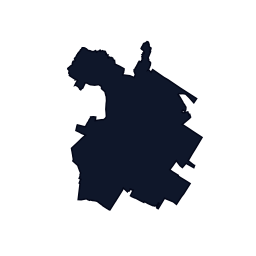 Romita, Guanajuato, Mexico, rotated 116°
{"feature_id": "50627088B33235829634906", "entity_name": "Romita", "entity_type": "district", "adm_level": 2, "iso_a3": "MEX", "parent_name": "Mexico", "parent_adm1": "Guanajuato", "projection": "mercator", "projection_center": [-101.614, 20.816], "detail": "fine", "context": "isolated", "style": "filled", "palette": "ink", "viewbox_px": 256, "rotation_deg": 116, "n_neighbors": 0, "source": "geoboundaries", "source_scale": "gbopen_adm2", "svg_char_len": 5516}
<svg xmlns="http://www.w3.org/2000/svg" viewBox="0 0 256 256"><g transform="rotate(116 128 128)"><path d="M49.5,141.2L49.4,141.9L47.7,141.9L47.6,142.5L46.1,142.3L45.9,143.1L45.9,143.7L45.7,144.4L45.4,144.7L44.9,145.1L44.5,145.2L44.2,145.8L44.0,146.2L43.6,145.8L42.9,146.7L42.6,146.6L41.8,147.8L42.0,148.8L42.9,149.0L43.0,149.2L44.0,149.4L44.0,149.5L43.9,149.7L44.4,150.2L44.8,150.3L45.0,150.8L45.7,151.0L47.9,150.9L48.7,151.1L49.9,151.1L50.8,151.1L51.1,150.5L51.5,148.3L51.6,148.1L52.1,147.4L53.0,146.7L53.8,146.4L53.9,147.4L54.4,147.3L54.9,147.0L55.9,147.6L56.3,146.7L57.7,146.8L57.8,146.0L58.9,146.1L58.9,145.2L60.3,145.3L62.8,145.3L63.0,146.3L63.1,147.2L65.1,147.4L65.1,147.1L66.6,147.3L67.1,147.4L68.7,147.4L71.5,147.7L71.9,147.5L73.2,147.6L73.2,147.9L74.5,147.3L74.8,146.9L76.0,145.6L76.9,144.7L80.0,144.7L80.2,149.2L82.6,156.1L81.6,156.3L81.3,156.3L80.1,156.5L79.7,156.4L79.7,156.5L79.7,156.8L78.5,156.9L77.9,156.9L76.5,157.5L76.2,163.0L76.3,167.7L73.1,169.8L73.5,170.8L72.0,172.3L71.8,173.6L72.5,174.9L72.3,175.6L73.4,176.3L73.1,176.4L73.1,176.7L73.1,177.1L72.5,177.2L72.1,177.8L71.1,177.9L71.3,178.4L71.7,180.0L70.6,180.1L70.6,180.3L70.0,181.0L69.9,181.1L69.7,181.4L69.8,181.6L69.6,181.8L69.3,181.8L69.1,182.2L69.2,182.6L69.3,182.7L69.3,182.9L68.9,183.1L69.2,183.1L69.7,183.0L69.7,184.8L70.4,185.1L70.5,185.2L70.4,185.4L70.7,185.9L70.9,186.0L70.5,186.4L70.4,186.7L70.2,187.0L70.5,187.4L71.1,187.3L71.5,187.9L72.2,188.5L72.4,188.9L73.7,189.4L73.7,189.6L73.4,189.8L73.2,190.2L73.3,190.4L73.3,190.6L73.0,190.8L72.7,190.8L72.6,191.0L73.6,191.8L74.2,192.1L74.3,192.2L74.6,193.0L74.9,193.4L75.2,194.2L75.3,194.4L75.1,194.8L75.1,195.4L75.4,196.7L75.7,197.3L75.7,198.3L75.6,198.8L75.3,199.5L75.1,200.2L75.2,200.7L75.0,201.6L75.2,202.8L75.9,204.3L76.5,204.4L76.8,204.3L77.4,204.3L77.8,204.4L78.4,204.8L78.6,204.9L79.0,204.8L79.3,204.9L79.6,204.8L79.8,204.9L80.4,205.0L81.5,205.4L82.2,205.5L82.4,205.3L82.6,205.3L83.0,205.8L83.7,205.6L83.8,205.6L84.9,206.0L86.9,205.9L87.5,206.0L88.0,206.3L88.9,206.5L89.2,206.4L89.4,206.4L89.5,206.3L89.7,205.8L90.1,205.4L90.4,205.3L90.6,205.3L91.0,205.3L91.4,205.5L91.5,205.6L91.6,206.1L91.9,206.5L92.5,206.6L92.6,206.4L92.9,206.4L93.4,206.4L93.5,206.5L93.9,206.4L94.7,206.2L95.0,205.9L95.4,205.7L95.6,205.7L95.9,205.8L96.0,205.9L96.5,206.1L96.8,206.4L97.1,206.5L97.3,206.7L98.2,207.1L98.6,207.2L98.9,207.4L99.2,207.3L99.4,207.3L99.6,207.4L99.8,207.7L100.1,207.8L100.1,208.0L101.0,208.2L101.3,208.1L101.9,206.7L102.0,206.4L102.4,205.9L103.1,205.7L104.6,205.3L104.8,205.1L105.0,204.6L105.3,204.2L105.6,203.9L106.1,203.7L106.5,203.7L107.2,198.4L107.3,196.2L107.7,196.3L107.3,195.5L107.4,194.1L107.5,194.0L108.8,194.3L110.1,194.5L113.0,194.5L112.4,193.9L112.6,192.9L112.5,192.7L112.5,192.2L112.7,191.0L113.7,188.8L114.1,188.6L114.2,188.0L114.3,188.0L114.4,187.2L113.1,187.0L112.0,186.2L106.2,186.3L105.5,184.3L105.7,182.3L105.6,180.9L104.1,176.7L102.6,174.5L101.8,173.2L102.1,171.3L102.0,170.7L102.3,170.2L102.9,169.7L103.7,169.2L104.2,169.1L105.1,165.9L105.4,164.7L108.6,162.0L108.5,161.7L113.0,159.2L115.6,158.3L120.9,156.1L123.9,154.3L126.9,152.6L127.9,152.4L128.7,152.5L129.7,152.8L131.0,153.5L131.4,153.9L132.0,155.2L135.7,160.6L132.3,161.8L133.1,164.1L134.4,166.3L134.5,166.2L135.8,166.2L138.0,166.5L138.3,166.5L138.9,166.3L141.1,166.7L145.4,166.8L146.0,168.1L147.4,174.9L148.4,174.8L153.1,173.7L153.0,169.4L153.1,168.9L153.2,167.2L153.1,165.7L153.0,165.1L153.0,163.0L155.5,164.0L155.8,164.2L158.3,165.2L160.2,165.8L171.0,169.9L173.5,168.1L173.9,167.7L174.3,167.5L175.2,166.8L175.5,166.7L176.4,165.9L177.0,165.6L180.2,163.3L180.3,163.3L181.8,163.1L183.6,156.9L183.4,156.4L184.0,156.3L184.2,156.2L187.6,152.7L189.2,150.8L190.7,150.7L191.9,150.1L192.7,149.9L194.7,149.8L194.7,147.9L196.8,147.9L198.9,147.7L199.0,146.7L214.2,141.4L213.0,138.6L209.8,134.3L210.0,132.8L209.8,130.8L209.2,130.5L208.9,129.0L208.6,127.7L208.4,127.7L207.5,124.3L207.4,122.5L207.6,122.5L208.3,119.1L208.1,119.1L208.2,118.7L208.9,116.5L209.5,111.4L209.5,110.9L209.8,108.6L209.8,108.4L210.0,108.3L209.1,108.3L200.8,107.4L198.8,107.1L197.3,107.0L195.8,106.8L186.1,105.8L184.0,105.9L184.4,104.4L185.6,100.6L184.9,100.6L184.1,99.3L182.3,99.3L182.0,99.3L182.0,98.2L181.7,98.3L181.6,96.1L187.8,96.1L188.0,94.6L187.9,91.6L187.7,91.6L187.7,91.3L187.7,89.3L187.9,85.2L187.9,81.1L186.8,81.1L187.1,77.1L187.0,73.8L186.9,71.4L186.5,71.3L186.4,69.7L185.7,69.6L185.7,68.2L182.1,67.9L182.0,67.0L186.6,67.4L186.5,66.7L187.3,66.7L187.3,65.5L175.1,64.4L174.5,54.8L175.4,51.0L166.5,49.9L162.7,49.1L150.7,47.8L150.2,52.4L149.6,58.8L149.2,62.1L148.5,62.1L147.8,69.0L147.2,72.2L142.0,71.2L136.2,70.3L139.0,64.7L139.7,61.8L134.3,60.4L134.8,51.5L132.1,51.8L131.9,51.9L132.7,51.9L131.0,59.6L122.8,59.0L117.9,58.5L104.0,57.3L102.5,69.2L101.9,73.3L101.0,80.8L92.0,76.8L91.8,76.8L90.8,76.5L88.9,78.3L89.4,78.5L89.5,78.8L89.3,79.0L89.6,79.0L88.8,79.9L87.3,81.3L90.2,84.9L90.1,86.7L88.2,86.8L87.7,86.4L88.1,85.5L88.0,85.2L88.1,84.7L87.8,84.1L86.8,84.1L86.3,84.1L86.0,84.3L85.5,84.4L83.9,85.1L83.5,85.7L83.5,85.9L82.2,87.6L82.2,87.8L81.0,89.9L80.6,90.2L80.3,90.6L79.3,92.2L78.1,93.9L77.3,95.2L77.4,95.3L77.0,96.4L76.6,96.3L76.0,97.6L75.4,97.4L75.2,97.4L74.8,97.3L74.0,95.5L73.1,93.9L72.2,91.1L73.8,86.3L76.5,79.9L71.5,79.2L69.2,98.7L67.1,113.4L66.8,118.0L64.7,131.4L67.9,131.7L67.0,134.0L66.6,135.0L67.1,135.4L66.0,135.3L64.2,135.3L63.9,135.3L63.5,135.5L61.8,135.5L59.7,136.2L59.4,136.4L59.2,136.7L58.9,137.6L58.7,138.5L58.5,139.1L58.4,139.2L57.3,139.4L56.3,140.7L49.5,141.2Z" fill="#0f172a" stroke="#020617" stroke-width="1.5"/></g></svg>